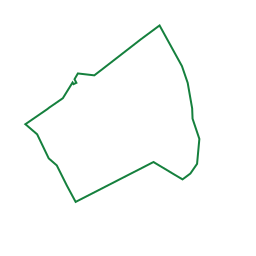 Simpson, Kentucky, United States of America (orthographic projection), rotated 144°
{"feature_id": "52423323B1208711549143", "entity_name": "Simpson", "entity_type": "district", "adm_level": 2, "iso_a3": "USA", "parent_name": "United States of America", "parent_adm1": "Kentucky", "projection": "orthographic", "projection_center": [-86.578, 36.758], "detail": "fine", "context": "isolated", "style": "outline", "palette": "green", "viewbox_px": 256, "rotation_deg": 144, "n_neighbors": 0, "source": "geoboundaries", "source_scale": "gbopen_adm2", "svg_char_len": 532}
<svg xmlns="http://www.w3.org/2000/svg" viewBox="0 0 256 256"><g transform="rotate(144 128 128)"><path d="M42.2,192.4L44.3,192.4L65.7,192.2L116.5,190.6L117.1,190.6L124.3,190.4L136.5,201.6L142.6,198.9L143.2,194.9L146.3,195.5L146.1,197.4L163.2,190.4L179.4,190.8L180.0,190.8L181.8,190.7L208.8,191.4L205.2,176.3L210.0,150.0L207.6,139.6L211.3,117.4L213.8,99.0L127.4,85.5L117.7,62.7L114.1,54.4L104.3,54.5L93.2,58.4L76.7,77.2L70.3,97.6L64.6,106.1L53.2,129.4L48.0,146.3L42.2,192.4Z" fill="none" stroke="#15803d" stroke-width="2"/></g></svg>